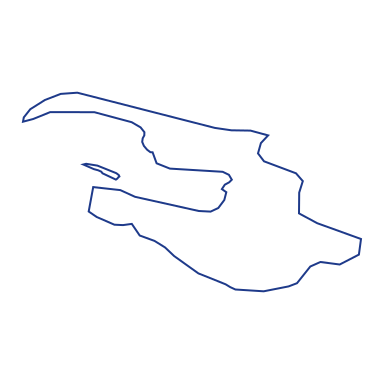 outline of City of St. Petersburg
{"feature_id": "RUS-2337", "entity_name": "City of St. Petersburg", "entity_type": "Federal City", "adm_level": 1, "iso_a3": "RUS", "parent_name": "Russia", "parent_adm1": "", "projection": "equal_earth", "projection_center": [30.014, 59.935], "detail": "fine", "context": "isolated", "style": "outline", "palette": "blue", "viewbox_px": 384, "rotation_deg": 0, "n_neighbors": 0, "source": "natural_earth", "source_scale": "10m", "svg_char_len": 1116}
<svg xmlns="http://www.w3.org/2000/svg" viewBox="0 0 384 384"><path d="M93.2,187.1L120.3,190.1L135.0,196.8L198.8,211.0L210.6,211.6L218.3,208.0L224.3,200.0L226.3,192.2L221.9,189.1L224.8,184.7L229.2,182.3L231.8,179.7L228.9,174.8L222.7,171.8L169.9,168.6L156.6,163.3L152.6,152.3L150.4,152.2L147.1,149.7L143.9,145.9L142.2,141.9L142.7,138.3L144.3,135.4L144.4,132.2L140.6,127.4L131.7,122.2L94.4,112.2L50.2,112.1L33.2,119.0L23.0,121.7L23.8,117.4L30.3,109.2L44.9,100.0L60.7,93.9L77.3,92.7L214.8,127.9L231.4,130.3L250.5,130.6L268.1,135.4L260.9,143.1L258.0,153.4L264.0,161.3L296.0,173.3L302.8,181.1L299.2,192.6L299.0,213.4L317.2,223.2L361.0,239.0L358.9,254.6L339.7,264.5L320.4,262.0L310.3,266.5L297.0,283.2L288.6,286.4L263.7,291.3L235.4,289.5L230.2,287.1L225.6,284.3L198.4,273.4L174.2,256.1L165.0,247.4L154.5,240.9L139.7,235.5L131.8,223.9L123.0,225.1L114.4,224.7L96.7,217.0L88.7,211.5L93.2,187.1ZM117.0,173.7L118.8,175.1L119.4,176.5L118.4,177.2L117.3,178.6L115.9,179.6L102.5,173.3L101.3,171.7L98.2,170.3L93.8,169.1L83.3,164.5L86.1,163.8L97.4,165.6L116.1,173.1L117.0,173.7Z" fill="none" stroke="#1e3a8a" stroke-width="2"/></svg>